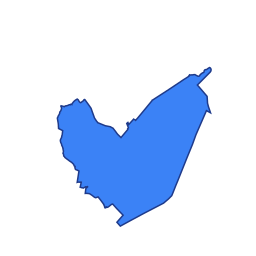 outline of Pancota, Arad, Romania, rotated 117°
{"feature_id": "2599482B7909722307763", "entity_name": "Pancota", "entity_type": "district", "adm_level": 2, "iso_a3": "ROU", "parent_name": "Romania", "parent_adm1": "Arad", "projection": "robinson", "projection_center": [21.692, 46.318], "detail": "fine", "context": "isolated", "style": "filled", "palette": "blue", "viewbox_px": 256, "rotation_deg": 117, "n_neighbors": 0, "source": "geoboundaries", "source_scale": "gbopen_adm2", "svg_char_len": 3655}
<svg xmlns="http://www.w3.org/2000/svg" viewBox="0 0 256 256"><g transform="rotate(117 128 128)"><path d="M138.6,197.7L138.9,197.6L139.2,197.6L139.7,196.9L140.4,196.2L140.6,196.1L141.2,196.0L142.3,195.8L143.0,195.7L143.9,195.8L144.6,196.0L145.4,195.8L146.2,195.5L147.1,195.5L147.7,195.5L148.5,195.6L149.4,195.6L150.3,195.4L151.2,195.5L155.5,192.3L157.1,191.3L157.4,191.1L158.4,190.6L159.2,190.1L159.7,189.3L160.0,189.4L160.0,185.0L162.2,184.2L164.0,183.5L165.0,183.4L166.7,182.9L168.9,182.9L170.1,182.5L170.8,181.9L171.6,181.2L172.4,180.0L173.4,179.3L174.9,177.4L175.6,176.9L175.9,176.4L176.4,176.2L177.1,175.8L177.5,175.2L177.9,175.0L178.4,174.8L179.0,174.7L180.2,174.3L180.2,174.0L180.7,173.6L181.2,173.1L182.1,172.6L182.2,172.2L182.4,171.5L182.8,171.0L183.0,170.5L183.0,170.2L183.3,168.9L183.6,166.9L184.0,164.8L184.1,163.3L184.2,163.2L184.2,162.5L184.3,162.3L184.6,161.4L185.0,160.1L186.3,158.5L186.2,157.8L186.5,157.5L187.3,157.4L188.6,156.2L188.8,155.2L188.6,154.6L188.6,153.8L188.6,153.1L188.5,152.7L188.5,152.3L188.7,152.1L189.8,151.8L195.2,150.0L199.5,148.6L199.4,148.5L198.5,147.3L198.1,146.1L197.8,145.4L196.9,145.2L202.5,143.7L202.3,142.6L202.2,142.0L202.0,141.5L201.8,140.5L201.0,140.0L200.2,139.4L199.7,139.2L199.5,138.6L199.1,138.0L198.2,137.1L199.5,137.5L200.7,138.0L201.0,138.0L201.3,138.0L205.7,136.4L205.0,135.2L204.0,132.5L204.3,129.6L204.9,126.6L204.9,125.4L204.6,124.9L203.0,123.4L203.7,121.8L204.8,119.4L206.0,117.0L206.8,115.4L206.9,115.1L207.2,115.0L207.5,114.4L207.9,114.1L208.2,113.5L208.9,113.1L209.6,112.3L209.6,112.1L208.8,112.0L208.8,111.8L208.7,111.3L208.3,111.3L208.1,111.3L208.1,110.6L208.0,110.3L207.3,109.8L207.0,109.6L203.5,108.0L202.7,107.1L204.9,101.5L206.5,96.9L207.9,92.8L217.0,95.1L217.2,94.6L218.2,92.1L218.9,90.3L209.4,83.8L200.0,77.3L196.7,75.0L178.8,62.2L172.8,59.7L168.4,58.3L164.8,58.6L157.6,59.3L152.4,59.7L128.2,61.9L120.9,62.5L113.5,63.1L103.2,64.4L90.0,65.2L76.9,66.0L77.0,61.4L76.9,61.5L76.7,61.7L75.5,62.9L72.6,65.9L69.8,68.4L66.2,70.5L63.9,71.9L63.1,73.8L58.2,85.7L42.0,80.5L41.5,80.3L40.9,80.2L40.7,80.1L40.2,80.1L39.8,80.0L38.6,80.3L38.1,80.6L37.4,81.3L37.1,82.0L37.1,82.8L38.2,83.5L38.9,83.9L40.3,84.6L40.8,85.4L40.9,85.6L41.1,85.8L41.4,85.9L41.6,86.0L42.0,86.1L42.3,86.1L42.7,86.0L43.0,85.9L43.4,85.8L43.8,85.7L44.2,85.9L44.6,86.2L44.9,86.5L45.4,86.9L45.8,87.0L46.2,87.2L46.9,87.6L47.7,87.9L48.0,87.9L48.3,87.9L48.6,87.9L49.0,87.9L49.2,88.0L49.4,88.1L49.6,88.4L49.8,88.6L50.1,89.1L50.1,90.3L50.1,90.6L50.1,90.9L50.1,91.4L50.1,91.8L50.1,92.1L50.0,92.5L50.2,92.9L50.5,93.5L50.9,94.0L51.7,95.1L52.0,95.9L52.6,96.6L52.7,97.3L54.0,97.2L54.1,97.5L54.7,97.5L57.0,98.8L59.8,100.5L68.6,105.4L72.9,107.8L80.4,112.1L87.8,116.4L89.7,117.5L90.6,118.0L91.6,118.6L91.8,118.7L92.3,119.1L92.6,119.0L92.8,119.0L93.6,119.2L104.0,121.5L115.1,124.0L117.7,124.7L117.5,125.2L117.6,126.6L117.5,127.0L124.5,128.9L123.1,130.6L124.5,131.2L127.6,127.7L128.8,128.0L129.3,127.5L139.7,129.9L139.0,132.1L138.3,134.4L138.0,135.0L137.9,135.3L137.1,136.8L136.4,138.2L136.1,138.9L135.3,140.6L135.0,141.1L135.0,141.6L134.9,144.4L136.3,149.3L137.0,157.5L136.6,157.9L136.4,158.7L134.3,162.4L132.3,164.5L129.4,167.6L128.7,168.3L127.3,169.8L127.2,169.9L125.9,172.3L124.5,175.0L122.3,179.3L122.4,179.8L122.9,180.1L123.6,180.0L125.2,180.8L126.3,181.3L126.9,181.6L127.0,182.0L127.0,182.4L126.8,182.9L126.7,183.4L125.5,185.1L125.3,186.4L125.5,186.4L125.6,186.5L126.0,186.7L126.8,187.4L128.4,188.1L129.4,188.4L130.4,188.6L131.4,188.8L132.4,189.0L132.6,188.8L132.9,189.8L133.4,189.8L133.9,190.9L135.0,191.7L136.1,192.8L136.8,193.9L138.0,194.5L138.1,195.7L138.6,197.7L138.6,197.7Z" fill="#3b82f6" stroke="#1e3a8a" stroke-width="1.5"/></g></svg>